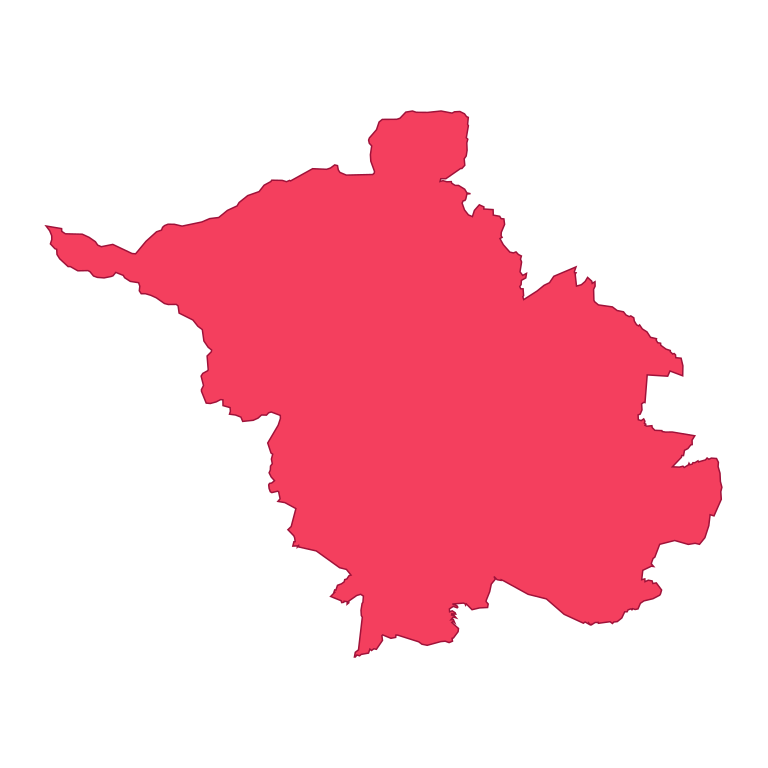 Zapotlanejo, Jalisco, Mexico (Mercator projection)
{"feature_id": "50627088B58634544896561", "entity_name": "Zapotlanejo", "entity_type": "district", "adm_level": 2, "iso_a3": "MEX", "parent_name": "Mexico", "parent_adm1": "Jalisco", "projection": "mercator", "projection_center": [-103.045, 20.64], "detail": "fine", "context": "isolated", "style": "filled", "palette": "rose", "viewbox_px": 768, "rotation_deg": 0, "n_neighbors": 0, "source": "geoboundaries", "source_scale": "gbopen_adm2", "svg_char_len": 6109}
<svg xmlns="http://www.w3.org/2000/svg" viewBox="0 0 768 768"><path d="M468.3,117.4L466.5,116.6L464.5,113.8L459.9,111.5L454.5,111.8L452.1,113.1L441.1,111.0L427.7,112.4L416.3,112.3L412.5,111.0L405.8,112.1L400.0,118.2L396.8,119.3L382.3,119.4L379.1,122.0L376.5,129.7L369.4,137.9L368.6,140.1L369.3,143.3L371.7,145.9L370.4,154.7L370.8,161.2L374.5,171.4L374.2,173.2L372.7,174.5L346.3,175.1L339.9,172.4L338.3,169.9L337.5,165.6L334.7,164.9L330.5,168.0L326.7,169.3L312.6,168.7L290.6,180.9L289.6,180.4L286.5,181.7L282.3,180.4L271.7,180.2L270.9,181.5L264.1,185.2L259.1,191.6L247.7,195.6L239.1,202.5L237.1,205.9L227.4,210.4L218.7,217.5L209.7,218.6L201.7,222.0L182.1,226.1L174.4,224.3L168.0,224.2L164.5,225.6L162.6,227.3L161.5,230.1L156.5,231.8L146.0,241.3L135.6,253.8L132.0,253.5L112.8,244.4L101.3,246.7L97.7,245.1L95.4,241.7L89.2,237.4L82.3,234.2L65.4,233.8L61.8,231.4L61.6,228.6L46.1,226.0L49.7,230.8L51.7,235.7L51.8,239.5L50.4,243.9L54.9,248.7L56.7,249.3L57.0,254.5L59.7,258.8L68.1,266.6L70.4,266.6L77.8,270.8L88.0,270.6L90.0,271.7L93.5,276.0L97.4,277.4L104.1,277.9L111.1,276.5L113.0,275.8L115.8,272.4L123.3,275.4L124.6,277.7L130.3,281.4L138.6,282.7L139.8,286.2L139.3,290.8L141.2,293.7L145.4,293.7L150.8,295.3L156.3,297.8L164.4,303.5L168.2,304.5L176.3,304.4L178.1,305.9L179.1,313.1L192.9,320.0L197.9,326.3L202.3,329.6L203.9,341.0L208.2,347.3L211.6,350.0L211.3,351.8L207.1,356.0L208.2,369.6L207.7,370.7L202.8,373.4L201.1,376.1L203.5,385.5L201.4,389.7L201.5,391.4L206.2,403.1L210.3,403.5L216.2,401.9L220.6,399.6L222.9,399.8L223.0,405.6L230.1,407.6L230.4,411.2L229.5,414.2L235.5,415.0L240.9,417.1L242.7,421.4L253.2,420.3L258.1,418.1L261.5,415.0L266.5,415.1L268.6,412.8L271.2,412.0L280.3,415.4L280.4,418.5L278.2,425.2L267.7,443.0L271.0,453.0L272.7,454.2L271.4,459.1L272.3,463.7L270.5,466.1L270.3,470.1L269.1,472.8L271.2,477.0L274.5,480.7L271.7,483.0L269.5,483.4L268.7,484.9L269.1,488.5L270.3,491.7L271.8,492.6L277.6,491.2L278.6,491.7L280.1,498.8L277.9,501.4L284.9,502.6L295.9,508.6L291.2,526.5L287.9,529.7L293.8,535.8L294.6,537.7L295.2,541.6L293.9,541.7L292.8,546.1L297.3,545.9L297.3,547.1L298.6,545.6L298.8,547.0L316.2,550.9L339.6,567.7L346.4,569.4L351.0,575.1L349.0,575.7L346.8,579.0L344.7,579.6L344.2,581.8L341.5,583.8L337.5,585.3L335.9,590.0L334.7,589.9L333.9,592.3L334.6,592.4L330.6,596.5L341.1,600.7L341.7,602.6L343.8,602.3L344.1,601.2L347.3,601.7L347.1,604.2L348.8,602.8L348.9,601.0L356.7,595.5L360.7,594.3L363.4,596.1L362.9,602.4L362.1,603.4L361.0,610.2L361.3,615.5L362.3,617.2L358.5,649.8L355.3,652.3L354.4,657.0L355.3,657.0L356.9,655.0L359.6,655.8L361.2,654.4L368.5,653.1L369.9,649.1L371.5,650.5L373.9,648.8L376.4,649.3L382.5,640.4L381.9,635.6L382.7,634.9L390.9,638.3L395.7,637.4L395.9,635.1L397.6,635.1L418.7,641.8L421.9,644.2L427.2,645.3L440.8,641.6L445.2,641.2L449.1,642.6L452.5,641.2L452.1,638.3L453.4,638.0L458.1,631.7L458.5,628.5L451.8,622.5L453.0,621.4L454.7,622.7L453.3,619.4L451.0,619.7L453.2,617.0L456.2,617.9L454.0,615.3L451.6,615.1L451.8,613.7L455.7,614.1L455.1,612.7L452.2,610.8L449.6,611.8L449.4,608.9L453.3,606.4L457.2,607.8L457.8,607.1L456.8,605.6L452.4,604.0L463.4,603.1L465.1,603.7L465.6,605.2L466.4,604.0L472.0,609.7L479.6,607.9L487.6,607.5L488.2,604.0L486.1,601.6L486.3,600.2L489.7,591.7L491.3,584.1L495.3,579.2L494.0,576.5L497.1,579.7L501.1,580.4L501.2,579.7L503.4,580.7L528.1,594.3L546.4,598.9L564.1,614.3L583.4,623.2L585.1,622.0L589.0,624.2L588.9,623.3L590.4,624.9L591.1,624.4L591.7,625.4L591.5,624.8L595.1,622.5L598.3,622.4L598.4,623.3L610.1,621.7L612.4,623.5L613.9,622.0L617.3,621.6L621.8,618.0L624.7,611.8L627.1,611.8L628.1,609.8L630.9,608.9L632.4,610.2L631.9,609.0L632.6,608.6L635.1,609.5L638.0,608.9L640.4,603.3L643.9,600.9L653.0,598.7L659.7,595.2L660.5,593.9L661.6,590.0L656.3,582.9L652.9,583.5L652.1,580.9L648.3,580.2L645.0,581.7L644.8,578.9L641.7,579.7L642.8,570.3L651.4,566.2L653.6,566.5L651.3,563.8L651.7,562.2L653.1,558.4L654.8,557.2L659.7,544.3L674.7,540.5L688.3,544.4L695.1,543.3L699.5,544.3L704.9,537.7L708.8,525.7L710.1,514.7L714.0,515.9L721.3,499.3L720.8,491.7L721.9,487.3L720.4,481.5L720.0,473.2L718.1,466.6L718.4,462.3L716.5,458.5L711.3,458.1L708.9,459.3L707.1,458.0L705.5,459.9L698.5,461.9L698.0,460.8L694.9,462.7L692.9,462.7L692.1,464.2L689.7,464.7L689.0,463.3L688.4,464.9L684.2,467.5L683.0,466.2L679.4,467.1L672.4,466.8L681.4,457.3L681.7,455.5L683.5,455.6L684.5,450.3L687.9,448.6L690.8,444.9L692.2,444.6L692.1,440.1L694.8,435.8L672.2,432.0L665.6,432.1L662.2,431.5L661.9,430.6L654.8,430.3L652.2,427.6L651.9,425.7L646.8,426.2L645.0,425.3L645.8,424.2L644.4,423.3L644.9,421.2L643.7,418.9L641.2,420.6L638.3,419.7L638.1,414.9L640.2,414.1L642.0,409.9L641.6,403.9L643.8,402.3L645.0,402.6L647.2,374.9L667.7,376.2L670.0,371.0L682.7,375.8L682.9,365.8L681.1,358.2L675.8,357.7L675.5,354.8L674.1,353.5L672.7,354.0L670.2,351.6L670.3,350.5L666.0,349.1L660.8,345.3L660.6,343.2L657.7,342.7L656.2,340.2L656.5,338.7L650.5,337.3L647.0,331.9L642.3,328.9L639.6,324.9L638.6,325.9L636.6,324.8L634.3,321.0L633.8,317.8L630.8,315.9L629.2,316.6L626.0,315.0L623.5,311.8L617.1,310.5L612.4,306.9L598.4,304.9L594.6,301.7L593.9,300.3L593.6,289.3L595.1,286.2L595.0,281.7L592.2,283.4L591.8,281.2L587.6,277.4L585.1,281.5L581.4,284.7L576.5,286.1L575.2,274.4L576.0,272.8L574.5,272.8L574.4,271.5L576.0,266.9L553.8,276.3L549.5,282.7L544.1,285.3L537.1,291.0L523.7,299.6L522.8,296.7L523.6,295.7L523.1,288.8L520.8,288.8L519.7,286.6L521.1,284.6L521.4,280.4L525.8,277.9L526.5,273.4L522.7,275.4L520.0,271.8L521.6,262.0L520.5,259.2L521.4,256.0L518.4,254.5L516.0,251.9L513.4,252.9L509.8,252.1L503.3,244.7L499.9,238.5L502.1,237.4L501.1,235.7L501.3,232.3L504.6,224.4L503.9,218.9L501.1,218.6L499.7,216.3L493.3,215.1L493.1,209.6L483.8,209.0L483.9,206.9L479.3,204.8L474.4,210.4L472.4,216.6L468.4,214.9L464.5,209.9L462.1,203.1L463.2,200.8L464.9,200.5L465.8,199.0L466.9,194.0L470.5,193.7L466.9,192.9L464.7,189.2L458.5,185.4L455.1,185.4L451.7,183.2L451.3,181.6L446.9,181.8L443.0,180.7L440.0,181.5L440.8,178.7L445.9,178.7L460.6,168.5L461.9,168.5L464.8,165.3L464.2,158.8L466.2,156.0L467.1,150.2L466.8,142.9L467.8,139.2L466.3,137.8L468.4,125.6L467.6,124.4L468.3,117.4Z" fill="#f43f5e" stroke="#9f1239" stroke-width="1.5"/></svg>